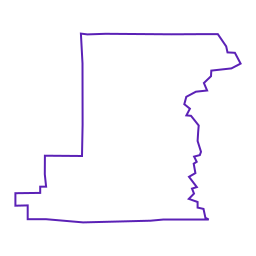 Benton, Oregon, United States of America
{"feature_id": "52423323B6989914060643", "entity_name": "Benton", "entity_type": "district", "adm_level": 2, "iso_a3": "USA", "parent_name": "United States of America", "parent_adm1": "Oregon", "projection": "orthographic", "projection_center": [-123.35, 44.499], "detail": "fine", "context": "isolated", "style": "outline", "palette": "violet", "viewbox_px": 256, "rotation_deg": 0, "n_neighbors": 0, "source": "geoboundaries", "source_scale": "gbopen_adm2", "svg_char_len": 776}
<svg xmlns="http://www.w3.org/2000/svg" viewBox="0 0 256 256"><path d="M217.8,34.1L207.8,34.1L171.6,34.3L105.4,33.8L87.4,34.4L80.9,33.6L82.5,63.4L82.6,124.7L82.0,156.0L44.9,155.7L44.8,174.3L46.1,186.7L40.2,186.7L40.2,192.9L15.4,193.2L15.4,205.7L27.7,205.4L27.7,219.2L46.0,219.2L83.1,222.4L150.6,220.7L163.6,219.5L208.7,219.5L205.4,217.8L203.5,208.9L197.6,207.6L197.6,202.0L188.8,198.9L194.0,193.6L192.0,188.6L196.8,187.1L189.0,176.8L195.4,173.1L193.7,163.7L196.7,161.8L194.1,156.6L199.8,155.1L201.0,151.8L197.6,141.0L198.2,131.4L198.7,125.5L191.0,115.8L186.4,115.4L189.9,108.7L184.3,104.2L186.3,96.8L195.9,91.7L207.1,90.5L203.9,83.0L211.0,76.2L211.3,70.6L231.4,68.4L240.6,63.6L234.9,52.8L227.5,52.4L226.2,46.4L217.8,34.1Z" fill="none" stroke="#5b21b6" stroke-width="2"/></svg>